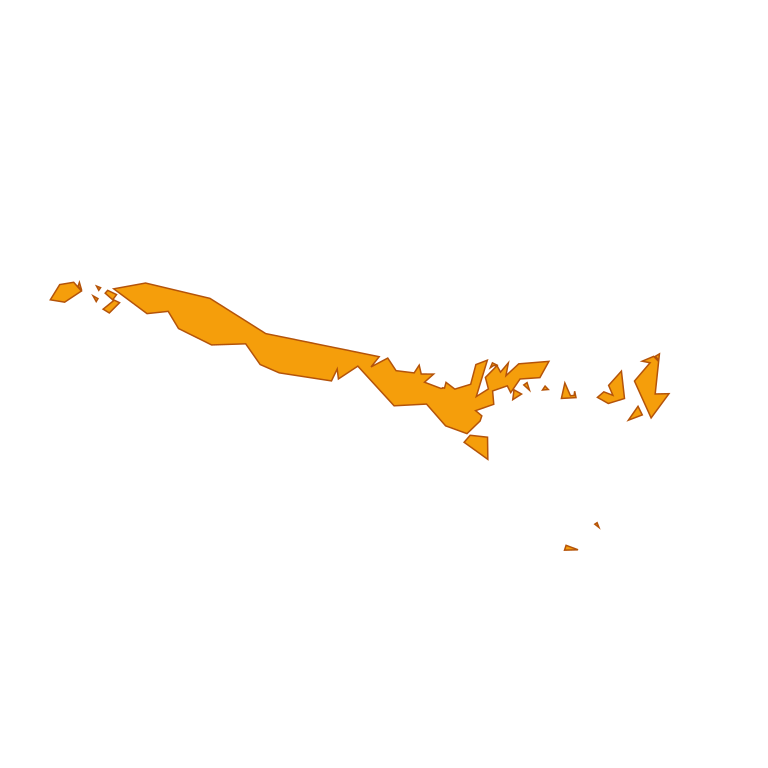 the district of Palawan, Palawan, Philippines, rotated 63°
{"feature_id": "2640588B20950743061684", "entity_name": "Palawan", "entity_type": "district", "adm_level": 2, "iso_a3": "PHL", "parent_name": "Philippines", "parent_adm1": "Palawan", "projection": "orthographic", "projection_center": [119.327, 9.944], "detail": "medium", "context": "isolated", "style": "filled", "palette": "amber", "viewbox_px": 768, "rotation_deg": 63, "n_neighbors": 0, "source": "geoboundaries", "source_scale": "gbopen_adm2", "svg_char_len": 1975}
<svg xmlns="http://www.w3.org/2000/svg" viewBox="0 0 768 768"><g transform="rotate(63 384 384)"><path d="M465.9,332.6L460.6,315.2L456.8,311.3L449.3,314.5L451.9,295.4L439.5,290.4L441.6,275.0L449.2,275.0L441.3,260.5L449.1,242.2L438.7,226.8L427.2,254.8L432.0,271.6L421.6,263.6L426.3,274.8L419.0,275.0L424.2,290.7L435.8,293.2L437.1,307.5L409.7,281.1L408.4,293.3L423.6,306.9L420.7,323.2L410.7,328.0L415.2,332.0L414.0,333.3L414.3,333.9L414.0,334.4L414.0,334.7L413.8,335.2L413.8,335.3L400.8,347.1L397.7,335.3L392.0,346.3L383.2,344.1L387.8,352.1L377.6,367.2L362.6,368.9L362.9,387.8L357.5,375.9L285.4,466.5L228.7,500.2L185.8,550.6L176.5,581.6L213.7,563.2L221.3,543.3L241.3,541.9L270.9,519.9L285.4,489.0L310.4,485.5L326.5,472.3L357.4,429.4L349.4,418.9L358.8,422.3L356.2,399.2L408.0,384.9L421.2,355.2L449.3,348.1L465.9,332.6ZM516.0,146.9L482.2,124.9L482.5,129.8L485.6,128.8L487.8,128.7L488.2,129.2L481.8,131.2L480.9,143.6L485.9,137.3L495.1,159.5L535.5,161.4L522.0,134.5L516.0,146.9ZM506.1,176.3L480.3,166.6L487.2,184.5L498.0,185.2L490.8,191.7L492.8,199.9L503.2,193.0L506.1,176.3ZM472.3,339.1L498.3,325.7L478.4,315.9L468.8,330.5L472.3,339.1ZM163.8,611.4L152.5,614.3L148.2,627.8L157.5,643.1L166.1,631.4L163.8,611.4ZM191.5,582.7L186.8,586.3L189.8,600.3L196.0,596.5L191.5,582.7ZM483.3,219.1L477.0,217.4L480.5,219.8L479.1,223.2L465.2,222.4L477.4,232.5L483.3,219.1ZM528.8,167.9L519.2,167.8L527.2,182.7L528.8,167.9ZM619.8,286.4L610.4,295.0L614.0,298.6L619.8,286.4ZM455.4,266.0L448.2,270.8L456.4,276.4L455.4,266.0ZM182.9,581.7L175.1,587.7L176.5,591.2L185.8,587.5L182.9,581.7ZM455.5,257.2L447.7,255.9L448.3,259.9L455.5,257.2ZM163.5,610.9L155.2,609.3L158.1,612.3L163.5,610.9ZM419.3,274.1L414.4,277.8L417.8,281.9L417.3,278.1L419.3,274.1ZM178.1,600.1L173.4,603.2L179.9,603.0L178.1,600.1ZM169.5,592.8L166.2,595.7L171.0,595.6L169.5,592.8ZM463.5,240.1L459.0,241.4L461.3,245.5L463.5,240.1ZM609.4,257.6L604.3,257.1L604.6,259.8L609.4,257.6Z" fill="#f59e0b" stroke="#b45309" stroke-width="1.5"/></g></svg>